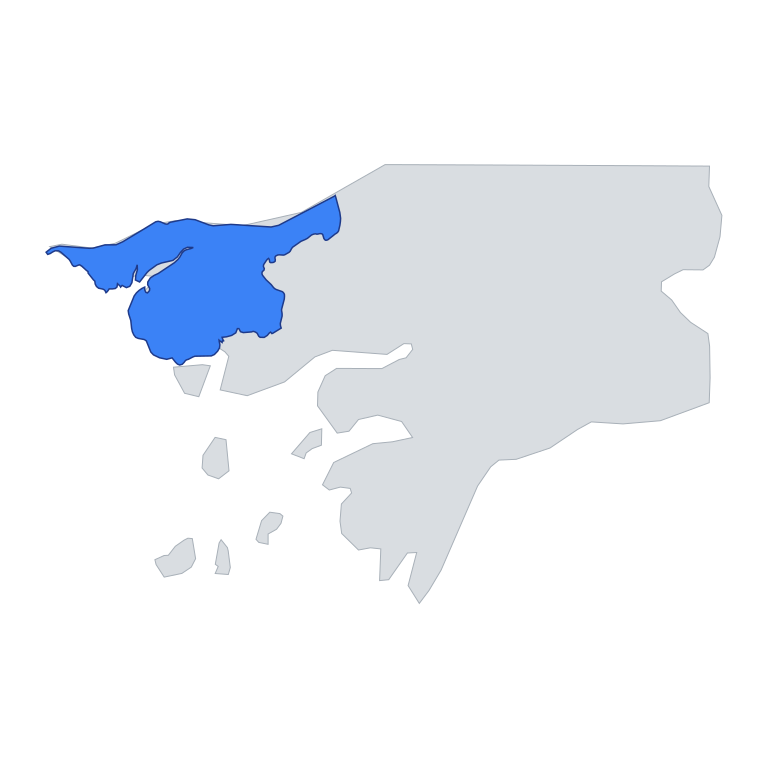 Cacheu highlighted on a map of Guinea-Bissau
{"feature_id": "GNB-771", "entity_name": "Cacheu", "entity_type": "Region", "adm_level": 1, "iso_a3": "GNB", "parent_name": "Guinea-Bissau", "parent_adm1": "", "projection": "robinson", "projection_center": [-16.012, 12.221], "detail": "fine", "context": "in_parent", "style": "filled", "palette": "blue", "viewbox_px": 768, "rotation_deg": 0, "n_neighbors": 0, "source": "natural_earth", "source_scale": "10m", "svg_char_len": 5017}
<svg xmlns="http://www.w3.org/2000/svg" viewBox="0 0 768 768"><path d="M49.8,246.6L61.9,244.2L91.9,248.1L115.1,243.3L131.5,235.3L153.8,224.2L175.4,220.7L242.7,225.6L301.3,212.4L344.9,187.5L385.1,164.6L437.1,164.8L493.0,165.0L572.4,165.4L635.3,165.7L709.5,166.1L708.8,186.5L721.9,215.4L720.0,236.8L714.4,257.2L709.5,265.2L703.0,269.9L683.1,269.7L674.7,273.8L661.5,281.8L661.2,291.1L671.7,300.0L680.4,312.5L690.6,322.3L707.9,333.6L709.6,346.2L710.1,377.9L709.2,402.7L660.4,420.7L623.0,423.9L591.3,421.9L577.5,429.5L550.0,448.0L516.2,459.3L498.9,460.1L490.7,466.8L477.6,486.0L441.1,570.1L429.1,590.3L419.3,603.4L408.1,585.6L416.7,552.5L407.4,553.0L388.7,579.7L379.6,580.6L380.8,548.9L370.4,547.8L358.5,550.0L341.7,533.5L340.0,521.2L341.4,504.0L351.6,493.0L350.2,488.4L340.3,487.1L329.3,490.0L322.5,484.8L333.7,462.5L372.8,443.7L392.4,441.8L412.6,437.5L401.6,421.5L377.7,415.1L358.5,419.5L349.0,431.2L337.2,433.1L317.5,405.8L317.9,392.0L325.2,375.7L336.6,368.4L381.9,368.6L399.2,359.5L406.1,357.8L412.7,349.4L411.3,343.9L403.9,343.6L387.0,354.4L332.4,350.3L314.9,356.9L284.6,381.9L247.2,395.7L220.2,389.9L228.8,356.3L224.9,351.8L216.4,346.3L176.6,356.9L146.5,341.6L134.6,323.1L136.7,299.8L150.9,284.1L153.1,276.3L138.1,274.8L110.6,284.6L49.8,246.6ZM181.9,573.4L164.2,577.1L156.1,564.6L154.9,559.7L164.1,555.5L168.3,555.3L175.3,546.3L184.0,540.2L187.9,538.2L192.3,538.6L195.6,558.7L191.3,567.1L181.9,573.4ZM229.0,470.8L218.6,478.8L207.9,475.0L202.1,468.0L203.0,455.3L215.1,437.4L226.0,439.7L229.0,470.8ZM210.3,365.8L198.8,396.7L184.6,393.3L174.6,374.9L173.5,367.2L202.4,364.7L210.3,365.8ZM268.1,534.0L268.1,544.3L258.8,542.4L256.0,539.3L261.6,520.6L269.8,512.2L279.9,513.6L282.9,516.1L281.0,523.3L276.6,529.2L268.1,534.0ZM306.2,452.9L304.1,458.7L291.5,453.8L309.9,432.5L321.8,428.8L321.4,445.2L312.2,448.6L306.2,452.9ZM230.3,567.5L228.3,574.5L215.2,573.5L218.2,566.4L215.3,564.3L219.1,543.0L221.1,539.7L227.4,547.6L228.2,550.9L230.3,567.5Z" fill="#d9dde1" stroke="#a8b0b8" stroke-width="1"/><path d="M271.1,227.0L278.7,225.3L334.5,196.1L335.2,195.5L335.7,197.0L339.8,212.4L340.6,218.2L340.4,221.6L339.9,225.2L338.6,230.8L337.6,232.3L336.4,233.3L335.3,233.9L328.0,239.7L326.7,240.2L325.4,240.2L324.6,239.5L323.9,238.5L322.7,234.5L321.8,233.8L320.6,233.6L319.3,233.7L318.2,234.0L317.5,234.1L316.5,234.1L315.5,233.8L313.7,234.1L311.5,235.0L307.5,238.3L305.2,239.5L301.0,241.3L292.5,247.3L291.4,248.9L290.2,251.2L289.1,252.3L284.7,254.8L283.4,255.1L279.3,254.8L277.7,255.0L275.7,256.0L275.0,257.1L275.0,258.4L275.3,259.6L275.1,261.3L274.2,262.0L273.0,262.5L271.6,262.6L270.5,262.6L269.7,262.0L269.3,259.6L268.6,258.4L267.4,259.2L266.1,260.9L263.6,264.7L263.4,266.4L263.8,267.5L264.3,268.5L264.0,270.1L262.3,271.7L262.0,272.8L262.0,273.9L262.4,275.0L263.1,276.0L266.1,279.8L271.2,284.6L273.4,287.4L274.2,288.2L275.1,288.9L276.2,289.5L282.2,291.6L283.1,292.3L283.9,293.3L284.4,294.3L284.5,296.3L284.3,299.0L281.6,309.3L281.6,310.9L281.9,312.2L282.1,314.0L282.1,316.1L280.3,323.4L280.4,325.0L280.6,326.2L281.2,328.1L272.4,333.5L272.1,333.8L272.3,334.0L270.6,332.1L269.3,333.0L267.3,335.4L264.2,337.4L260.1,337.3L258.7,336.2L257.2,333.3L255.5,332.1L253.6,331.4L252.6,331.5L251.7,331.9L243.3,332.6L240.5,331.7L238.9,328.6L237.4,328.6L235.8,332.8L231.7,335.4L226.6,336.8L222.1,337.3L222.7,339.1L223.0,339.8L223.6,340.8L222.9,341.1L222.4,341.0L222.1,341.3L222.1,342.4L220.4,341.3L219.1,340.2L219.2,341.4L219.9,344.8L219.5,347.9L217.6,351.2L214.4,354.5L211.3,355.9L194.9,356.2L192.8,357.0L188.4,359.3L186.6,359.8L185.4,360.6L184.0,362.5L182.2,364.3L179.7,365.0L177.5,364.1L175.6,362.3L172.1,357.9L166.7,359.3L159.6,357.8L153.5,354.9L150.8,352.0L146.3,340.8L144.2,339.5L138.2,338.4L135.7,337.3L133.8,334.9L132.4,331.8L131.6,328.2L130.8,320.5L128.7,314.0L128.2,310.6L134.2,295.9L136.5,292.8L139.1,290.4L141.8,288.5L144.7,287.1L144.8,290.1L145.9,292.4L147.5,292.9L149.5,290.6L149.7,288.5L147.7,284.8L147.8,282.0L150.3,278.0L154.1,275.4L158.2,273.5L174.4,262.7L178.0,259.4L179.8,257.1L182.2,252.8L184.2,250.8L186.2,249.8L191.1,248.5L193.3,247.5L187.4,247.3L183.5,249.1L180.4,252.5L177.4,256.9L172.9,260.4L161.5,263.0L156.9,264.8L149.3,270.3L147.1,272.4L139.6,282.0L135.4,280.0L135.8,275.4L137.4,269.7L137.2,264.8L136.1,268.5L133.3,273.5L131.9,282.7L129.8,286.3L126.4,287.6L122.1,285.4L120.6,287.1L120.0,286.0L117.5,283.7L117.0,287.0L115.3,288.5L112.5,288.9L109.2,288.9L108.6,289.8L107.3,291.6L106.0,292.7L105.4,291.5L105.0,290.5L104.1,289.7L102.8,289.1L98.6,288.2L96.5,286.5L95.2,284.0L94.8,281.1L93.4,279.8L88.1,273.1L88.0,271.5L86.5,270.5L81.8,266.1L79.7,264.8L78.7,265.0L75.3,266.4L73.7,266.3L72.4,265.1L70.3,261.2L69.1,259.4L60.9,252.2L58.4,250.8L55.1,250.8L52.6,252.0L50.3,253.5L47.7,254.4L46.1,252.2L51.1,248.3L59.3,246.1L89.3,248.3L93.3,248.1L104.9,244.9L116.0,244.8L122.7,241.8L140.5,231.1L155.7,221.8L158.1,221.3L160.4,221.8L165.2,223.9L167.0,224.2L168.1,223.8L169.0,222.9L170.5,222.2L187.2,218.9L195.1,219.7L208.9,224.9L213.2,225.8L230.7,224.4L232.9,224.5L271.1,227.0Z" fill="#3b82f6" stroke="#1e3a8a" stroke-width="1.5"/></svg>